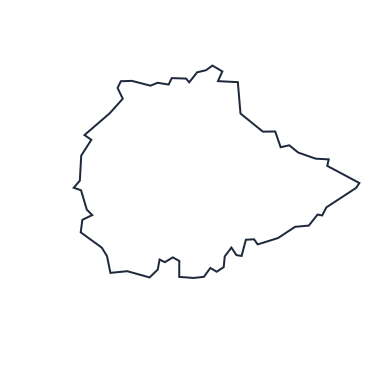 the district of Clay, Kentucky, United States of America, rotated 309°
{"feature_id": "52423323B60932235945211", "entity_name": "Clay", "entity_type": "district", "adm_level": 2, "iso_a3": "USA", "parent_name": "United States of America", "parent_adm1": "Kentucky", "projection": "robinson", "projection_center": [-83.714, 37.148], "detail": "fine", "context": "isolated", "style": "outline", "palette": "slate", "viewbox_px": 384, "rotation_deg": 309, "n_neighbors": 0, "source": "geoboundaries", "source_scale": "gbopen_adm2", "svg_char_len": 964}
<svg xmlns="http://www.w3.org/2000/svg" viewBox="0 0 384 384"><g transform="rotate(309 192 192)"><path d="M264.7,306.1L298.6,317.0L304.3,316.4L297.4,280.7L303.4,277.7L295.7,267.1L289.5,249.8L289.5,238.2L282.6,232.7L291.4,218.6L283.5,209.1L283.5,180.3L306.2,158.5L294.5,142.4L304.8,139.7L303.1,128.3L295.4,126.2L288.3,120.7L275.5,120.8L276.4,116.0L267.8,104.6L260.8,106.2L255.2,96.5L248.5,92.8L240.5,75.3L233.3,67.0L226.0,68.7L220.9,79.5L201.4,78.5L168.6,72.6L169.2,80.9L150.6,83.0L130.2,97.7L120.9,97.4L123.5,104.7L112.1,121.3L111.3,129.0L101.4,124.3L90.6,130.9L92.0,156.8L88.7,166.3L77.8,179.5L89.7,191.5L98.9,212.8L110.2,214.2L119.1,209.3L120.4,215.1L129.1,218.2L130.4,225.5L118.0,235.5L126.1,247.2L133.5,254.6L144.5,254.1L145.6,261.4L153.6,263.9L162.5,258.0L173.6,257.6L170.9,266.2L173.5,270.8L188.8,263.9L194.3,270.0L192.6,276.0L210.3,287.8L229.8,294.0L239.4,303.9L253.5,303.8L255.7,307.9L264.7,306.1Z" fill="none" stroke="#1e293b" stroke-width="2"/></g></svg>